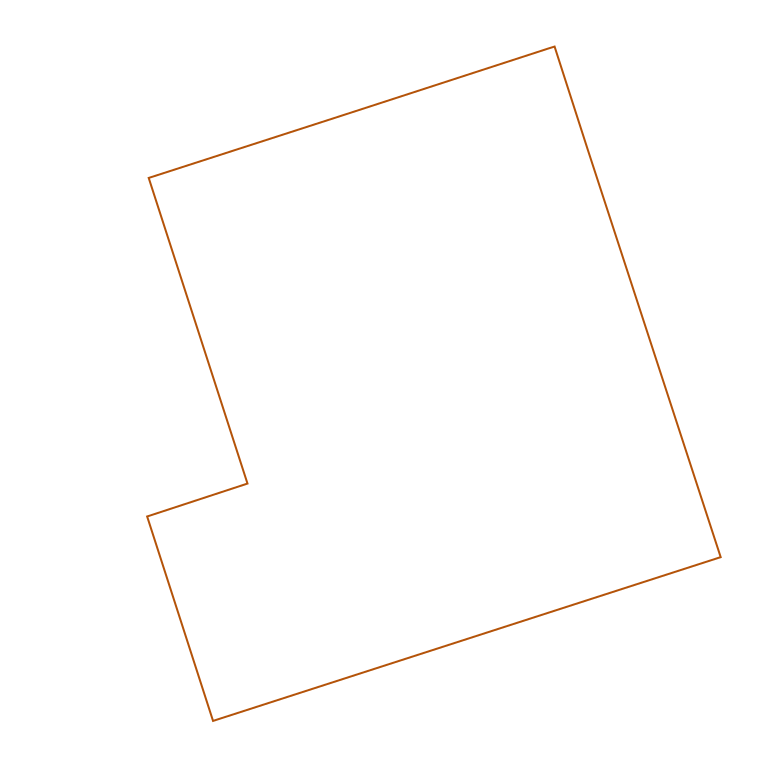 Stafford, Kansas, United States of America, rotated 342°
{"feature_id": "52423323B77202470404370", "entity_name": "Stafford", "entity_type": "district", "adm_level": 2, "iso_a3": "USA", "parent_name": "United States of America", "parent_adm1": "Kansas", "projection": "mercator", "projection_center": [-98.772, 38.043], "detail": "fine", "context": "isolated", "style": "outline", "palette": "amber", "viewbox_px": 768, "rotation_deg": 342, "n_neighbors": 0, "source": "geoboundaries", "source_scale": "gbopen_adm2", "svg_char_len": 298}
<svg xmlns="http://www.w3.org/2000/svg" viewBox="0 0 768 768"><g transform="rotate(342 384 384)"><path d="M126.3,651.6L650.7,652.7L650.2,224.3L650.5,115.8L643.4,115.7L429.3,115.7L223.9,115.3L223.4,436.5L117.8,436.8L117.3,651.6L126.3,651.6Z" fill="none" stroke="#b45309" stroke-width="2"/></g></svg>